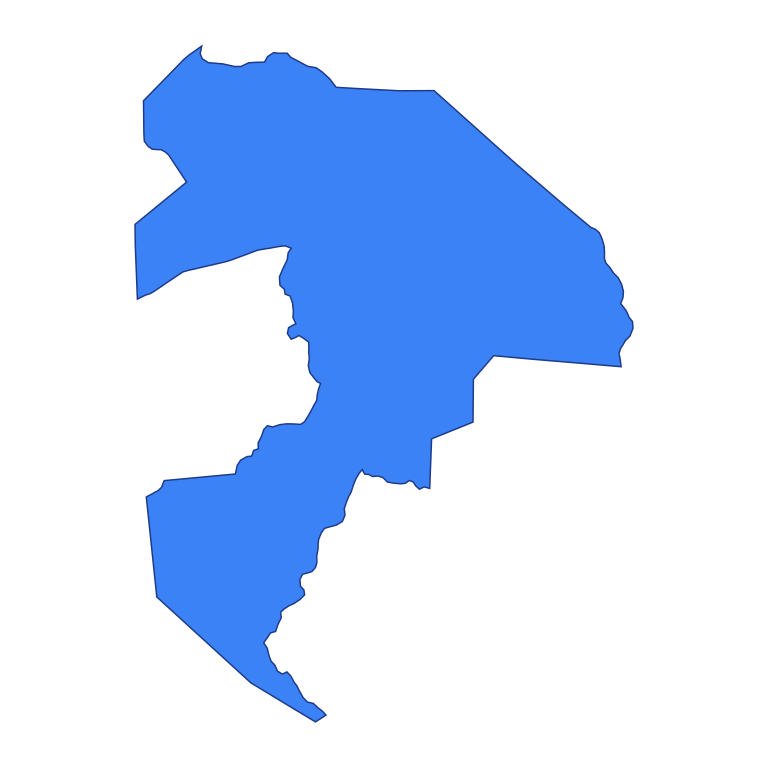 outline of Pombal, Paraíba, Brazil
{"feature_id": "56859067B94358976501482", "entity_name": "Pombal", "entity_type": "district", "adm_level": 2, "iso_a3": "BRA", "parent_name": "Brazil", "parent_adm1": "Paraíba", "projection": "equal_earth", "projection_center": [-37.87, -6.816], "detail": "fine", "context": "isolated", "style": "filled", "palette": "blue", "viewbox_px": 768, "rotation_deg": 0, "n_neighbors": 0, "source": "geoboundaries", "source_scale": "gbopen_adm2", "svg_char_len": 2819}
<svg xmlns="http://www.w3.org/2000/svg" viewBox="0 0 768 768"><path d="M137.4,299.1L145.7,295.0L150.1,293.7L154.9,290.8L163.3,285.1L167.2,282.4L182.9,271.9L188.2,270.4L215.1,264.2L225.7,261.7L230.7,260.2L238.3,257.4L254.3,251.4L257.7,250.2L263.0,249.2L269.7,248.2L275.0,247.2L281.0,246.2L285.4,245.9L291.3,248.2L288.2,252.7L287.2,259.9L282.7,269.1L279.4,277.0L280.0,285.4L284.4,289.3L285.1,294.1L290.1,296.0L292.5,302.9L293.4,311.2L293.0,317.7L295.9,323.8L292.3,325.5L288.6,327.7L287.4,333.5L291.2,339.2L295.2,337.6L298.9,335.5L303.7,338.4L308.6,342.0L308.9,347.0L308.7,352.2L309.3,358.2L308.3,365.7L309.9,372.7L314.0,377.9L317.1,381.7L320.6,383.4L318.7,388.6L317.3,394.6L316.7,400.4L314.0,405.1L312.0,409.0L308.4,415.6L304.5,421.8L300.6,424.4L296.1,424.1L291.3,423.9L285.8,423.9L279.7,424.7L272.6,427.0L267.4,425.7L263.9,429.4L261.6,436.1L258.1,443.0L258.3,448.8L253.6,450.5L251.7,456.1L247.0,456.6L240.6,460.2L237.2,465.4L235.4,474.0L164.2,480.6L161.5,487.4L158.3,490.5L154.2,492.7L150.0,495.0L146.3,497.0L156.8,597.0L191.9,629.0L228.6,662.5L250.9,682.9L296.2,710.3L315.5,721.9L326.0,715.1L322.3,711.1L318.0,707.8L313.4,703.5L307.4,702.0L303.1,697.6L299.3,690.8L296.9,685.8L294.2,682.4L290.9,676.1L286.9,671.9L282.4,674.1L277.5,671.2L274.8,665.1L271.1,661.2L269.2,656.2L267.2,648.1L263.7,642.9L267.2,637.9L270.4,633.0L275.6,631.4L277.9,624.6L281.3,617.6L280.6,612.3L284.1,609.0L288.6,606.0L294.0,603.5L300.2,599.3L304.6,594.8L303.9,589.9L300.5,586.3L299.9,579.4L302.6,574.2L307.7,572.9L311.8,571.6L315.4,567.6L316.9,562.7L316.7,556.1L318.0,549.3L318.1,544.1L318.7,539.2L321.3,532.9L324.4,528.4L329.4,526.9L336.3,525.1L342.4,521.4L345.0,515.2L344.3,508.6L346.2,502.8L348.5,497.0L351.2,491.9L353.4,485.0L355.9,478.8L359.2,473.2L362.3,469.6L364.6,474.1L368.9,474.5L372.6,476.5L378.1,476.0L383.1,477.7L387.4,482.0L393.8,483.2L400.8,483.8L405.6,483.2L409.1,480.5L413.2,481.9L415.7,485.8L419.4,489.2L424.2,486.9L429.7,488.4L431.6,438.8L473.0,422.1L473.4,379.2L488.9,361.2L493.7,355.7L533.3,359.3L621.1,366.7L620.1,358.8L619.0,353.5L620.5,348.6L623.0,344.7L625.3,340.8L630.0,336.0L633.0,328.2L632.5,321.6L629.3,317.7L626.2,310.7L620.7,303.6L623.0,297.6L623.4,291.3L621.5,284.0L618.0,277.5L613.7,273.3L609.8,267.4L605.9,263.1L604.4,258.4L604.5,252.6L604.2,246.4L602.1,239.0L599.3,232.7L595.2,229.2L591.0,227.5L564.6,205.6L516.8,164.6L434.0,90.6L399.6,90.8L356.1,88.5L336.1,87.3L329.7,78.8L322.2,72.0L316.3,67.8L307.7,66.3L290.5,57.1L287.2,53.2L278.6,53.2L273.5,52.7L267.6,56.6L264.5,62.1L256.3,62.3L248.6,62.8L241.0,66.5L234.6,66.5L222.9,63.9L208.2,62.6L202.2,58.7L200.2,53.7L201.7,46.1L189.1,55.0L184.1,59.2L143.5,100.8L143.9,133.4L144.3,141.2L148.3,146.5L152.3,149.2L157.1,149.6L161.1,149.7L165.1,151.9L168.6,154.9L186.6,182.1L135.0,224.4L135.3,245.6L137.4,299.1Z" fill="#3b82f6" stroke="#1e3a8a" stroke-width="1.5"/></svg>